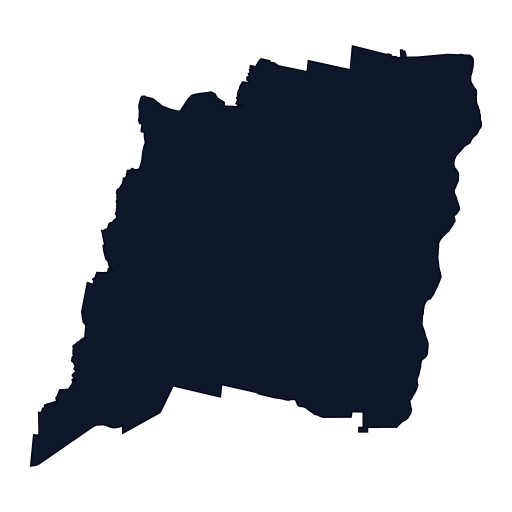 outline of Chacabuco, San Luis, Argentina
{"feature_id": "61730980B56219468048048", "entity_name": "Chacabuco", "entity_type": "district", "adm_level": 2, "iso_a3": "ARG", "parent_name": "Argentina", "parent_adm1": "San Luis", "projection": "robinson", "projection_center": [-65.4, -32.74], "detail": "fine", "context": "isolated", "style": "filled", "palette": "ink", "viewbox_px": 512, "rotation_deg": 0, "n_neighbors": 0, "source": "geoboundaries", "source_scale": "gbopen_adm2", "svg_char_len": 5918}
<svg xmlns="http://www.w3.org/2000/svg" viewBox="0 0 512 512"><path d="M469.8,55.2L464.3,55.2L461.7,54.5L458.2,54.9L447.5,54.5L416.1,57.3L416.1,57.2L405.7,57.3L405.9,55.1L404.7,51.2L402.7,51.3L402.4,50.0L400.6,50.1L401.0,57.6L396.2,57.7L396.3,56.7L394.4,56.7L394.4,57.1L390.8,56.0L391.1,54.8L387.7,54.0L387.4,54.8L352.5,46.0L350.3,69.9L308.4,60.7L307.2,71.8L276.7,65.5L276.9,64.5L274.7,64.1L274.9,63.2L269.4,62.1L269.7,60.8L261.1,58.9L258.8,61.4L255.6,66.8L250.4,65.6L250.2,66.3L250.2,67.4L250.4,67.7L251.7,67.7L251.7,69.1L250.7,69.8L250.3,69.3L249.6,69.4L249.7,70.6L250.3,71.5L249.8,72.4L249.9,72.6L250.3,72.7L250.3,73.1L248.5,73.6L248.5,74.3L249.3,74.6L249.8,75.3L248.9,76.1L249.0,76.8L248.2,77.3L247.2,77.0L246.9,79.0L247.3,80.4L249.3,81.1L249.0,82.6L247.5,82.7L242.8,81.9L239.9,86.5L239.6,88.6L238.2,91.4L237.5,94.5L237.7,95.3L238.8,95.2L238.7,96.2L237.4,96.9L236.8,97.6L236.7,98.3L237.6,99.2L237.7,99.9L236.0,103.7L240.2,104.7L238.1,105.5L236.1,106.9L232.8,106.4L225.9,106.3L225.0,106.0L224.4,105.5L224.1,104.7L224.3,102.4L217.2,98.1L216.0,96.1L215.4,94.5L215.0,94.1L211.7,92.2L210.7,92.0L208.4,92.6L200.8,93.4L193.9,94.7L191.5,95.6L188.1,99.2L180.4,110.8L179.3,111.3L177.0,111.0L170.6,109.4L163.2,106.7L161.4,105.6L159.7,104.1L152.9,98.8L145.7,97.0L145.0,96.3L142.0,96.3L140.6,98.7L140.0,101.5L139.2,104.4L138.9,106.6L139.4,111.3L139.3,118.0L138.8,119.3L138.8,120.7L139.7,123.4L141.4,123.7L141.9,124.4L142.0,125.6L141.2,131.0L141.3,131.5L143.8,132.3L144.4,132.8L144.5,137.0L145.4,142.5L143.7,147.7L142.6,153.7L141.8,161.6L139.1,169.6L138.3,169.3L135.3,169.9L132.1,168.5L131.4,169.0L130.1,170.4L129.6,170.6L128.3,170.3L127.8,170.4L127.2,170.9L127.0,171.3L127.2,172.8L126.4,174.5L126.8,175.8L125.9,177.0L125.9,178.2L124.3,178.0L123.4,178.3L123.3,178.6L123.6,180.1L122.7,182.1L122.8,183.2L121.2,185.5L120.5,187.0L119.8,187.8L119.6,188.4L117.9,189.2L116.9,190.7L116.9,192.0L116.6,192.2L116.9,193.4L116.7,194.1L117.5,195.1L117.3,195.5L117.3,196.1L116.9,196.7L117.2,198.9L116.4,201.9L117.0,203.2L116.8,205.4L116.9,208.1L116.7,208.9L116.7,209.9L116.5,210.4L116.4,212.5L115.9,212.7L115.9,213.4L115.5,214.1L116.6,215.4L116.4,216.2L117.0,217.3L116.8,218.0L114.1,220.0L113.4,221.4L112.5,222.0L111.8,223.0L111.2,223.0L110.9,222.6L110.5,222.6L109.2,223.7L108.6,225.0L107.6,228.8L105.5,229.4L104.0,230.4L102.4,230.8L101.8,230.6L104.8,245.4L103.1,245.4L104.0,251.5L105.7,258.4L106.3,259.5L107.5,260.5L108.0,261.3L109.8,267.7L111.7,270.2L108.3,268.7L107.6,272.6L104.0,272.6L103.0,272.8L96.9,272.5L94.8,278.2L93.3,278.6L93.0,279.1L92.6,279.3L92.7,279.6L94.1,280.4L93.1,284.5L87.4,282.6L81.7,312.0L83.3,322.2L85.9,325.0L84.9,337.7L82.7,338.5L78.5,342.0L77.3,342.4L76.5,343.6L75.7,344.0L75.6,344.5L74.8,344.8L74.5,345.2L74.0,345.1L73.7,346.1L72.9,346.3L72.9,346.8L73.9,348.8L73.7,349.2L73.3,349.4L73.1,349.8L73.1,353.1L72.9,353.6L73.4,354.8L73.5,355.4L73.3,356.0L72.0,357.8L72.0,359.3L71.6,360.7L71.8,361.1L73.3,362.3L75.0,365.3L75.1,366.5L74.7,367.6L74.2,368.2L74.2,369.0L74.5,369.7L75.4,370.3L75.6,371.1L76.0,371.8L75.9,372.1L75.1,372.4L73.0,374.2L72.3,375.1L72.8,376.2L74.8,378.8L75.4,380.1L75.4,380.5L75.0,381.0L74.4,381.1L74.1,380.8L73.6,379.9L73.5,379.1L72.8,379.0L72.3,379.4L72.1,380.3L72.6,381.0L72.9,382.1L72.3,383.0L72.3,384.1L71.8,384.5L71.7,385.1L70.8,385.6L70.5,386.6L68.5,389.2L67.7,389.2L66.9,389.5L66.1,389.3L65.3,389.7L62.9,389.6L61.7,390.0L61.0,389.8L60.3,390.0L59.8,389.9L56.5,397.6L56.0,397.7L56.6,401.5L54.6,401.9L44.8,405.0L44.4,405.8L44.8,406.7L44.8,407.4L44.1,407.8L43.2,408.0L42.7,408.4L42.2,409.7L42.1,411.0L40.8,412.5L38.6,412.5L38.9,419.5L39.1,434.6L36.9,435.3L33.7,434.7L30.7,466.0L36.2,465.1L38.9,463.9L92.7,426.8L94.8,425.6L96.7,425.0L102.9,424.6L105.5,425.1L110.9,427.3L114.1,427.7L118.3,427.1L120.4,426.6L122.6,425.5L122.7,433.2L159.0,413.1L160.1,412.3L161.4,409.9L173.1,385.8L220.4,396.9L221.6,384.5L256.9,392.5L259.0,393.9L275.0,397.7L279.7,398.3L287.8,400.1L288.5,400.1L291.9,399.3L294.8,399.5L295.9,400.5L297.7,404.8L298.2,405.4L299.3,406.0L300.3,406.3L304.1,406.8L305.7,407.5L310.2,411.1L313.4,413.2L314.6,414.4L317.6,414.8L319.4,416.0L322.9,417.2L351.0,417.1L351.9,411.7L363.2,411.9L363.3,427.4L358.9,427.4L358.9,431.9L367.5,431.9L367.5,427.3L397.0,427.1L398.6,424.9L402.2,421.5L405.2,420.1L407.8,418.0L410.4,413.7L411.3,410.6L411.4,409.2L410.6,406.4L410.3,404.1L410.0,403.4L409.6,400.5L411.2,399.0L412.8,395.8L414.1,394.0L416.0,390.3L417.2,387.3L417.7,385.4L417.7,384.4L417.2,383.2L417.2,382.0L416.9,381.2L417.1,378.5L417.9,376.8L418.9,374.1L419.4,371.2L420.6,366.6L420.5,364.1L421.0,362.8L421.3,360.4L425.7,356.7L427.1,354.4L427.5,352.5L427.5,350.3L428.0,346.0L427.8,342.6L426.7,339.3L425.5,336.5L424.5,332.0L421.9,324.6L421.7,322.9L422.3,321.3L422.1,319.6L422.5,315.3L423.3,313.4L423.3,310.2L424.0,306.1L425.4,302.2L426.7,300.5L429.1,298.9L430.1,298.9L431.0,297.8L432.3,295.6L433.2,294.8L438.0,284.5L441.0,277.0L440.3,274.6L440.3,272.8L439.6,270.9L438.7,267.1L438.4,263.2L437.7,258.2L437.7,255.9L438.1,253.4L437.9,251.2L438.5,246.9L438.4,244.5L438.7,242.7L440.3,239.4L442.0,237.6L443.1,236.0L444.3,235.2L445.4,233.6L448.6,231.1L450.3,228.4L452.0,226.3L452.8,224.7L453.0,223.8L454.7,221.6L454.9,219.9L453.8,216.5L454.5,215.4L455.9,214.3L457.4,212.6L459.5,209.0L459.0,206.5L458.4,205.1L458.1,203.5L457.4,202.2L456.0,196.8L454.2,193.2L454.0,191.3L454.3,189.6L456.2,185.6L456.8,183.7L457.6,182.4L457.9,181.4L458.4,179.1L458.3,176.9L458.5,175.1L458.3,173.3L456.8,170.5L454.6,167.7L454.1,166.0L453.7,163.4L454.4,159.3L456.0,155.7L464.8,145.9L470.1,142.6L471.0,140.3L472.9,137.3L474.7,135.9L477.3,133.2L478.9,129.6L480.7,127.4L481.3,125.4L481.2,122.4L480.6,120.9L480.2,118.9L480.2,115.0L479.4,112.4L479.4,110.2L478.3,108.6L478.2,106.9L477.3,105.6L476.5,102.6L476.2,100.0L476.1,96.2L476.4,94.4L476.3,90.5L473.7,86.9L471.6,83.4L470.9,82.1L470.5,80.0L470.6,76.1L471.8,72.5L472.0,70.8L473.0,66.5L473.2,61.6L473.1,59.3L472.4,57.5L469.8,55.2Z" fill="#0f172a" stroke="#020617" stroke-width="1.5"/></svg>